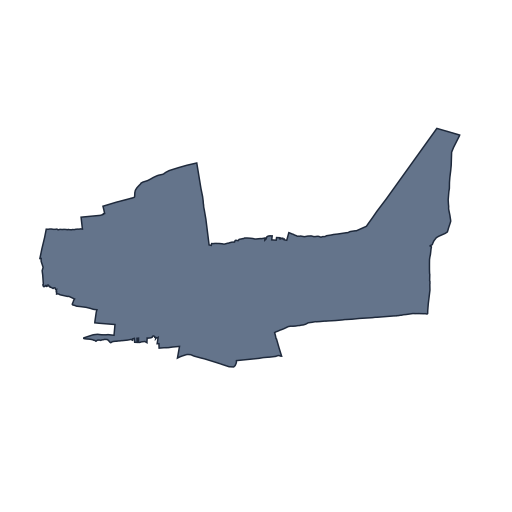 Grecesti, Dolj, Romania, rotated 354°
{"feature_id": "2599482B64081840241941", "entity_name": "Grecesti", "entity_type": "district", "adm_level": 2, "iso_a3": "ROU", "parent_name": "Romania", "parent_adm1": "Dolj", "projection": "orthographic", "projection_center": [23.262, 44.454], "detail": "fine", "context": "isolated", "style": "filled", "palette": "slate", "viewbox_px": 512, "rotation_deg": 354, "n_neighbors": 0, "source": "geoboundaries", "source_scale": "gbopen_adm2", "svg_char_len": 6020}
<svg xmlns="http://www.w3.org/2000/svg" viewBox="0 0 512 512"><g transform="rotate(354 256 256)"><path d="M265.2,357.9L265.3,357.8L267.6,357.3L268.7,357.5L269.9,358.1L271.0,358.3L269.3,349.7L267.7,340.6L267.3,340.3L267.0,337.1L266.5,334.1L268.2,333.4L269.6,333.1L272.6,332.1L273.3,332.0L275.9,331.3L277.6,330.7L278.5,330.4L279.2,330.1L280.7,329.6L281.3,329.5L282.0,329.5L283.0,329.4L285.4,329.7L288.0,329.8L290.5,329.6L291.3,329.7L292.3,329.7L293.7,329.5L295.8,329.5L298.3,329.0L300.9,327.9L304.8,327.8L308.2,327.5L308.9,327.7L312.7,327.9L317.0,327.9L319.3,328.1L320.7,328.1L328.2,328.5L335.8,328.6L336.6,328.5L338.1,328.5L339.1,328.6L345.2,328.9L352.4,328.9L365.4,329.5L368.2,329.4L368.9,329.5L370.4,329.6L386.7,330.0L389.6,330.2L390.0,330.0L390.8,330.2L393.7,330.0L394.5,330.1L395.1,330.0L396.8,329.8L398.8,329.9L406.0,329.6L408.8,330.0L412.1,330.3L417.2,331.0L418.1,331.0L419.7,331.5L420.3,331.5L420.7,331.1L421.1,328.1L422.4,321.2L425.4,308.2L425.9,302.4L426.1,301.6L426.3,299.3L426.1,298.7L426.9,292.5L426.8,291.4L427.1,287.5L427.8,280.9L428.2,277.6L428.8,275.2L429.6,272.8L430.1,270.6L430.9,266.9L431.4,265.4L431.3,265.1L431.2,264.9L430.2,264.3L430.2,264.0L430.3,263.9L432.0,263.4L432.6,262.9L433.4,261.3L434.6,259.4L437.2,256.7L439.0,255.8L440.3,255.3L446.5,253.3L448.8,252.1L449.4,250.8L450.4,248.3L452.7,243.2L453.3,241.7L453.3,240.3L453.2,238.5L453.1,236.0L452.5,229.7L452.5,229.0L452.8,226.7L452.8,224.5L453.0,220.2L454.5,212.3L455.4,208.9L456.1,203.0L457.0,198.1L458.5,191.7L459.6,186.3L461.4,173.2L463.8,168.7L470.9,157.7L471.2,157.0L449.2,148.0L391.5,212.9L380.9,224.2L375.6,230.4L371.3,235.2L368.9,238.0L358.5,241.4L357.1,241.3L352.8,241.5L351.9,241.6L349.8,242.4L348.3,242.3L339.3,242.7L335.3,242.7L332.9,243.0L328.3,243.2L326.6,243.9L324.7,243.7L324.1,243.7L322.7,244.1L322.3,244.0L320.8,243.2L319.9,242.9L318.6,242.8L317.2,242.9L315.6,242.8L313.0,241.8L309.5,241.6L306.2,241.9L302.4,240.8L301.1,240.9L300.2,240.7L299.5,240.7L299.2,240.7L297.9,239.8L296.5,239.2L295.9,238.7L294.9,238.1L294.0,237.8L292.9,237.1L291.1,236.2L288.2,243.6L286.8,243.2L285.6,242.7L285.8,242.0L284.1,241.7L284.3,241.1L282.5,240.9L282.4,241.4L281.9,241.6L281.9,241.2L281.4,241.1L281.6,240.3L278.4,239.8L277.7,242.4L273.3,241.6L274.2,237.7L272.1,237.4L270.8,237.4L269.8,237.6L269.1,237.9L268.8,238.1L268.6,238.4L267.9,239.9L267.5,240.4L266.4,241.2L266.7,239.0L265.3,239.2L263.1,239.3L262.1,239.1L257.8,239.1L256.7,239.0L254.8,238.3L253.0,237.9L251.5,237.6L248.6,237.1L248.0,237.1L246.6,236.9L245.6,237.3L245.0,237.4L244.8,237.3L243.3,237.5L241.0,237.7L239.8,238.9L237.8,238.3L237.2,238.3L236.9,238.5L236.5,239.0L236.1,239.9L233.5,239.7L231.3,240.0L229.8,240.4L229.1,240.3L226.4,240.8L225.4,240.9L223.6,240.3L220.7,239.7L219.0,239.5L216.8,239.2L214.6,239.2L213.2,239.0L212.6,240.8L210.5,240.1L210.0,214.2L209.4,205.1L209.1,201.8L209.2,199.7L209.1,198.2L209.2,195.9L209.1,191.4L208.3,183.0L206.8,157.3L196.9,158.5L188.3,160.0L182.3,161.2L178.5,162.0L175.2,163.3L173.5,164.2L173.0,164.6L172.3,164.9L171.1,165.1L167.4,165.5L165.8,165.9L162.0,167.2L159.1,168.5L156.0,169.7L151.1,170.7L150.1,171.2L149.4,171.4L148.8,172.2L148.0,172.9L147.2,173.5L144.9,175.5L143.2,177.6L142.8,178.3L142.1,180.4L141.5,184.3L141.3,184.7L141.1,184.9L138.9,185.4L138.5,185.7L138.0,185.4L136.9,185.7L122.6,187.9L109.0,190.5L109.5,194.0L109.9,197.9L108.6,198.0L108.6,198.6L107.5,198.9L105.4,199.3L86.1,199.1L86.1,202.0L86.2,211.1L84.4,210.7L82.7,210.8L81.3,210.6L80.1,210.6L79.0,210.6L78.4,210.8L76.0,210.5L75.0,210.7L73.4,210.3L72.7,210.3L72.0,209.9L71.1,210.2L70.0,209.8L67.6,209.4L66.9,209.5L65.4,209.3L63.9,209.0L62.0,209.3L61.7,209.2L61.1,208.6L60.7,208.4L59.3,208.5L57.2,208.3L55.5,207.8L53.8,207.6L52.1,207.7L50.2,207.4L47.7,215.5L43.9,226.2L40.8,235.9L42.1,236.0L41.9,236.9L41.8,239.0L43.1,245.0L41.8,248.2L41.8,249.7L41.9,252.6L41.6,260.8L41.5,262.0L41.1,262.2L41.1,263.2L41.3,263.3L41.4,263.9L41.5,264.1L41.7,264.3L42.0,264.4L42.9,264.0L43.4,263.4L43.7,263.3L44.0,263.4L44.2,264.2L44.3,264.3L44.7,264.4L45.1,264.3L45.1,263.6L45.3,263.3L46.0,263.1L46.4,263.2L46.7,263.6L46.9,264.4L47.2,264.7L47.7,264.7L47.9,264.8L47.9,265.4L48.1,265.6L48.4,265.6L49.2,265.9L50.1,266.6L50.5,266.9L50.8,267.1L51.3,266.9L51.7,266.5L52.7,266.6L53.0,267.4L53.2,268.4L53.5,268.6L54.2,268.4L53.6,270.6L54.0,270.7L53.7,273.0L54.8,272.9L55.7,273.2L56.5,273.6L56.9,274.0L57.4,274.2L64.3,276.5L65.1,276.5L66.1,276.8L68.9,278.5L71.1,279.8L70.1,280.9L69.4,282.5L68.2,284.7L68.3,285.0L68.6,285.5L71.0,286.4L72.1,287.1L76.3,288.0L81.7,289.3L85.6,290.7L88.6,292.0L90.1,292.4L92.2,292.8L91.3,295.0L89.0,304.0L88.7,305.6L93.0,306.5L108.6,309.4L106.5,320.0L100.6,318.7L98.5,318.7L94.2,318.2L90.3,317.3L86.7,317.3L85.4,317.4L76.2,319.4L76.1,319.7L76.1,320.0L76.7,320.3L78.7,320.8L81.2,321.2L83.2,321.7L84.8,322.2L85.3,322.5L85.7,322.8L86.6,323.0L87.1,323.2L87.8,324.0L88.3,323.9L88.8,323.4L89.9,323.1L91.8,323.3L92.7,323.7L94.0,323.3L95.6,323.3L96.5,323.1L97.5,323.2L99.2,323.5L99.8,323.8L100.0,324.2L100.6,324.8L101.7,326.4L102.3,327.0L102.6,327.0L104.3,326.2L105.6,326.1L107.3,326.1L108.4,326.2L110.2,326.1L112.0,326.2L113.3,326.1L114.1,326.2L116.2,326.2L117.4,326.2L119.6,326.2L122.8,325.9L123.5,326.1L124.2,326.9L124.5,326.8L124.6,325.5L126.4,325.2L126.3,329.1L128.8,329.5L129.0,325.4L130.6,325.4L130.2,328.7L129.8,329.6L131.0,329.8L132.1,329.7L133.0,329.4L136.5,329.4L138.5,330.8L138.6,329.5L139.2,326.2L139.9,326.4L142.6,326.4L143.6,326.2L144.3,325.9L144.7,325.1L145.3,324.8L145.9,324.8L146.5,325.3L146.8,326.2L147.4,326.2L147.5,326.4L147.7,326.8L147.5,327.9L147.8,327.6L147.9,326.9L148.0,326.7L148.3,326.7L148.6,326.9L149.3,327.1L150.2,326.7L148.5,332.9L150.3,333.0L150.0,337.3L150.0,337.5L154.8,337.6L159.2,338.0L163.6,337.8L170.5,337.9L167.2,349.3L169.6,348.4L171.8,347.8L176.5,346.8L177.9,346.8L180.7,347.3L181.4,347.6L182.7,348.4L184.0,349.1L190.4,351.6L194.3,353.0L205.9,358.0L217.6,363.3L222.2,364.0L223.8,362.8L224.9,360.9L225.4,359.7L225.6,358.0L248.2,358.1L252.5,357.8L256.8,357.9L259.0,358.0L265.2,357.9Z" fill="#64748b" stroke="#1e293b" stroke-width="1.5"/></g></svg>